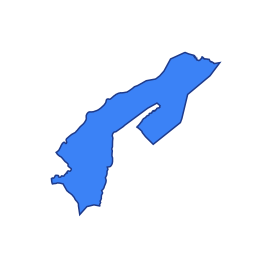 Skorradalshreppur, Vesturland, Iceland, rotated 296°
{"feature_id": "244011B18273074009309", "entity_name": "Skorradalshreppur", "entity_type": "district", "adm_level": 2, "iso_a3": "ISL", "parent_name": "Iceland", "parent_adm1": "Vesturland", "projection": "mercator", "projection_center": [-21.43, 64.486], "detail": "fine", "context": "isolated", "style": "filled", "palette": "blue", "viewbox_px": 256, "rotation_deg": 296, "n_neighbors": 0, "source": "geoboundaries", "source_scale": "gbopen_adm2", "svg_char_len": 5358}
<svg xmlns="http://www.w3.org/2000/svg" viewBox="0 0 256 256"><g transform="rotate(296 128 128)"><path d="M227.0,181.9L223.8,177.4L223.7,177.0L223.7,176.8L224.0,176.7L224.1,176.3L224.1,175.9L224.1,175.1L224.2,174.8L224.1,174.6L224.2,174.2L223.8,173.8L223.8,173.5L224.1,173.3L224.1,173.1L224.0,172.6L224.2,172.2L225.0,171.2L225.2,170.8L225.3,170.6L225.0,170.2L224.7,169.9L224.7,169.6L224.6,169.4L224.6,169.2L224.7,168.9L224.4,168.5L224.4,168.2L224.3,167.8L224.2,167.5L224.0,167.2L223.7,167.1L223.6,166.9L223.6,166.6L223.7,166.4L223.8,166.2L223.7,166.0L223.6,165.6L223.9,165.5L223.9,165.4L223.7,165.2L223.9,164.7L224.2,164.7L224.3,164.4L224.3,164.2L224.5,163.8L224.5,163.7L224.4,163.5L224.3,163.4L224.1,163.6L223.7,163.6L223.2,163.4L222.9,163.5L222.6,163.5L222.5,163.4L222.0,163.3L221.6,163.0L220.9,163.0L220.4,162.7L220.1,162.6L219.9,162.1L219.7,162.0L219.6,161.9L219.6,161.3L219.5,160.9L219.4,160.6L219.5,160.5L219.4,160.3L219.5,159.6L219.9,159.6L220.2,159.2L220.5,159.3L220.8,159.2L220.7,158.9L220.7,158.7L220.7,158.4L220.8,158.3L220.8,158.2L220.6,157.7L221.1,157.6L220.8,157.0L220.9,156.8L221.0,156.8L221.5,156.8L221.5,156.6L221.3,156.4L221.3,156.2L221.8,156.4L222.0,156.3L222.1,155.7L222.2,155.4L221.2,150.1L220.9,146.2L220.1,145.4L208.7,136.0L195.0,135.4L188.8,133.7L184.1,131.3L178.5,123.7L170.4,118.1L167.9,115.7L165.4,114.6L162.1,112.8L159.9,111.4L157.8,108.5L156.9,107.1L156.3,105.8L154.9,104.1L154.0,103.4L152.9,102.5L151.8,102.0L150.8,101.4L147.0,99.8L146.1,99.3L145.8,98.9L145.7,98.6L145.6,98.1L145.4,97.4L145.0,96.8L144.8,96.6L144.4,96.4L144.1,96.3L143.6,96.3L141.5,96.8L140.4,96.8L138.1,96.4L134.0,94.8L131.5,93.5L130.1,92.4L127.4,89.7L126.3,87.9L125.7,86.5L125.0,85.7L124.5,85.4L123.6,85.1L122.5,84.9L120.9,85.0L119.2,85.8L118.5,86.3L117.5,86.6L116.5,86.7L113.9,86.5L111.9,86.0L108.2,84.5L105.0,83.7L103.2,83.3L102.7,83.0L102.0,82.9L101.3,82.7L100.6,82.4L98.0,80.5L97.2,80.0L94.8,78.9L91.9,77.7L91.2,77.5L90.7,77.5L90.2,77.6L89.7,77.9L89.0,78.5L88.6,79.0L88.1,79.3L87.1,79.3L86.9,79.1L86.8,78.8L87.1,77.6L87.2,77.3L87.2,76.8L86.9,76.5L85.9,76.0L85.3,75.8L83.1,75.6L80.9,75.7L77.8,75.6L75.9,74.9L74.6,74.1L73.8,75.5L73.4,76.2L73.0,77.7L72.7,79.0L72.7,79.9L72.6,80.8L72.1,82.1L70.6,85.4L70.2,86.5L70.0,87.8L69.7,88.8L69.5,89.4L69.2,90.0L68.5,90.4L67.9,90.6L67.6,90.7L67.5,90.9L67.2,91.7L66.8,93.7L66.7,94.2L66.6,94.5L66.5,94.8L66.2,95.1L65.6,95.3L64.8,95.1L64.1,95.1L63.7,94.8L63.5,94.4L63.4,93.6L63.1,92.9L62.5,92.6L61.5,92.5L61.3,92.6L61.0,93.1L60.8,93.0L60.8,92.6L60.6,92.3L59.5,92.1L57.9,91.5L56.9,91.5L56.7,91.4L56.2,90.7L56.2,90.4L56.1,90.1L56.1,89.9L55.9,89.4L55.6,89.2L54.8,89.1L54.4,89.0L54.0,88.5L53.6,87.7L53.6,87.3L53.7,87.0L54.5,86.6L54.6,86.4L54.7,86.2L54.7,85.9L54.4,85.1L54.1,84.3L53.7,83.7L53.4,83.5L52.7,83.6L51.0,83.4L50.6,83.2L50.4,83.1L50.2,82.9L50.1,82.6L50.0,82.2L49.9,81.9L49.2,81.5L48.6,81.4L48.5,81.6L48.5,81.8L48.4,81.9L47.0,82.5L45.7,83.5L44.7,84.4L44.6,84.6L44.8,84.9L45.3,85.2L45.4,85.3L45.4,85.8L45.9,86.3L46.3,87.1L46.8,87.8L47.7,88.6L48.6,90.9L49.3,94.1L44.9,100.5L44.5,102.1L44.2,103.0L44.1,104.0L43.7,105.9L43.3,107.4L42.9,108.1L42.2,109.7L41.7,110.5L41.1,111.2L40.5,112.1L40.0,113.1L39.7,114.1L38.6,116.0L38.2,116.6L36.3,117.6L29.0,122.6L39.3,125.5L44.0,131.1L45.5,136.7L45.7,136.8L46.0,136.6L46.3,136.3L46.9,136.0L48.9,136.1L49.1,136.0L49.8,135.2L50.1,135.0L51.4,135.1L52.6,135.0L53.1,134.9L53.5,134.6L56.0,133.6L58.1,133.7L58.5,133.6L58.9,133.3L60.1,131.8L60.2,131.7L61.5,132.3L63.3,132.6L64.3,132.5L65.3,132.3L67.0,132.2L68.4,132.1L69.7,131.9L71.1,131.4L71.8,131.0L72.7,130.1L73.4,129.5L76.3,129.5L77.1,129.3L78.1,129.0L79.9,128.1L82.0,128.1L82.6,127.6L83.8,126.5L85.1,128.4L85.6,128.9L86.3,129.2L87.5,129.4L88.9,129.4L89.8,129.2L91.1,128.8L93.8,127.5L94.4,127.2L95.3,126.3L95.9,125.8L96.5,125.5L98.6,124.6L100.4,124.0L101.1,123.5L101.5,123.0L102.0,122.6L103.7,122.3L104.2,122.3L108.9,120.1L110.9,119.3L111.7,119.1L113.1,118.2L113.9,117.3L116.2,116.7L118.3,117.3L119.3,118.7L127.2,123.1L129.0,123.8L154.4,137.0L163.1,143.1L162.1,147.0L161.6,147.0L161.3,147.1L161.2,147.1L161.1,147.3L160.9,147.3L161.0,147.3L160.9,147.4L160.6,147.4L160.5,147.5L159.9,147.2L159.6,146.9L159.6,146.7L159.2,146.4L158.9,145.9L158.7,145.9L158.2,145.6L158.1,145.3L157.6,145.4L157.4,145.3L157.1,145.3L156.3,144.9L156.2,145.0L155.9,145.0L155.9,144.7L155.7,144.5L155.4,144.6L155.0,144.5L154.9,144.4L155.2,144.1L155.3,144.1L155.2,143.9L154.9,144.0L154.3,143.9L154.2,143.7L154.5,143.1L154.2,142.8L153.7,142.9L153.5,142.7L153.1,142.6L152.8,142.7L152.5,142.6L152.1,142.7L151.8,142.3L151.2,142.2L150.9,141.5L150.8,141.2L150.4,140.9L150.2,140.8L149.3,141.1L148.4,141.0L148.3,140.8L148.0,140.6L147.7,140.0L147.5,139.9L147.0,139.7L146.9,139.6L146.6,139.5L146.1,139.3L145.5,139.3L145.3,139.3L145.2,139.2L144.1,138.5L143.8,138.3L143.5,138.1L143.3,137.9L142.6,137.7L141.9,137.7L141.2,137.4L140.6,137.5L140.4,137.6L139.9,137.5L139.4,137.5L139.2,137.3L138.8,137.1L138.4,137.1L138.1,137.0L137.8,137.1L137.3,137.0L137.0,136.8L136.4,136.7L135.5,136.5L135.4,136.4L134.6,136.2L134.1,136.1L133.6,135.7L133.1,135.7L132.7,135.6L132.5,136.2L132.6,136.3L132.7,136.5L132.7,136.9L132.5,137.3L132.4,137.8L132.2,138.2L132.1,138.9L132.0,139.5L131.9,139.5L131.6,140.4L131.4,141.3L131.2,141.5L131.0,142.2L130.3,142.6L127.9,147.5L124.4,157.8L155.8,172.7L159.9,172.3L184.3,166.9L210.9,178.8L227.0,181.9Z" fill="#3b82f6" stroke="#1e3a8a" stroke-width="1.5"/></g></svg>